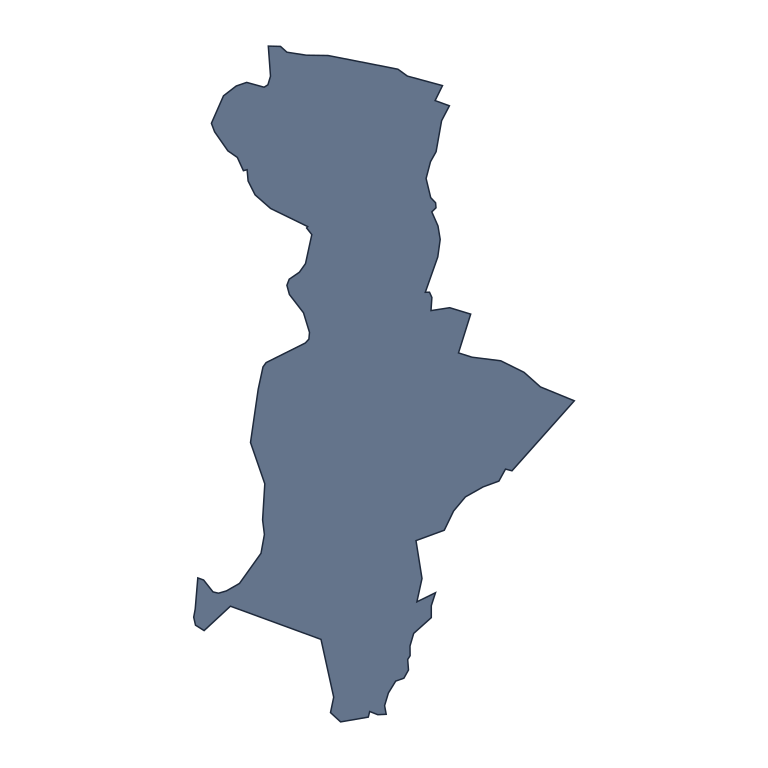 the district of Castleknock Lea-6, Fingal, Ireland, rotated 90°
{"feature_id": "5873133B47957460219787", "entity_name": "Castleknock Lea-6", "entity_type": "district", "adm_level": 2, "iso_a3": "IRL", "parent_name": "Ireland", "parent_adm1": "Fingal", "projection": "orthographic", "projection_center": [-6.404, 53.378], "detail": "fine", "context": "isolated", "style": "filled", "palette": "slate", "viewbox_px": 768, "rotation_deg": 90, "n_neighbors": 0, "source": "geoboundaries", "source_scale": "gbopen_adm2", "svg_char_len": 1476}
<svg xmlns="http://www.w3.org/2000/svg" viewBox="0 0 768 768"><g transform="rotate(90 384 384)"><path d="M630.6,563.9L606.2,537.6L639.4,447.0L697.2,434.3L712.6,437.5L721.9,427.4L717.1,399.7L711.5,398.3L714.7,390.2L714.3,381.8L705.6,383.4L693.0,379.6L681.1,372.3L678.2,364.1L670.0,359.5L659.5,360.3L655.7,357.9L646.0,358.0L633.4,354.3L617.6,336.7L605.7,336.7L592.7,332.5L601.8,351.1L578.5,346.0L540.6,352.0L530.2,323.7L511.0,314.4L496.9,302.6L486.9,284.9L481.1,269.1L469.1,262.5L470.8,256.0L400.8,193.7L386.9,227.6L372.3,244.0L360.8,267.2L357.2,296.0L352.9,309.5L314.1,297.3L307.7,318.3L310.6,337.0L297.5,336.1L292.2,338.5L292.3,342.7L256.9,330.2L239.4,327.8L226.0,330.0L211.9,336.2L207.8,332.0L202.8,332.4L197.6,337.3L178.5,341.9L161.7,337.5L151.7,331.9L120.7,326.4L105.8,318.6L100.6,332.9L85.6,325.5L76.1,360.6L69.2,370.1L55.5,440.0L55.2,461.7L52.2,481.1L46.4,487.5L46.1,499.7L76.2,497.5L84.8,500.1L87.2,503.9L82.4,521.3L86.0,531.8L95.8,544.5L123.3,556.6L131.8,553.4L150.9,540.1L157.4,530.7L170.7,524.6L169.7,520.9L181.0,519.9L194.9,512.9L208.5,497.4L226.6,460.3L228.0,461.4L234.6,456.2L263.6,462.5L272.2,468.6L279.2,478.8L285.3,481.1L294.5,478.6L312.8,464.5L332.4,458.5L339.1,459.1L343.0,462.7L362.6,501.9L366.9,505.0L389.2,509.8L442.5,517.5L483.8,503.2L519.9,505.4L534.5,503.6L553.3,507.0L583.4,528.5L590.9,541.6L593.2,549.5L591.9,555.0L580.0,564.4L577.9,570.2L609.1,572.8L617.2,574.3L625.2,572.5L630.6,563.9Z" fill="#64748b" stroke="#1e293b" stroke-width="1.5"/></g></svg>